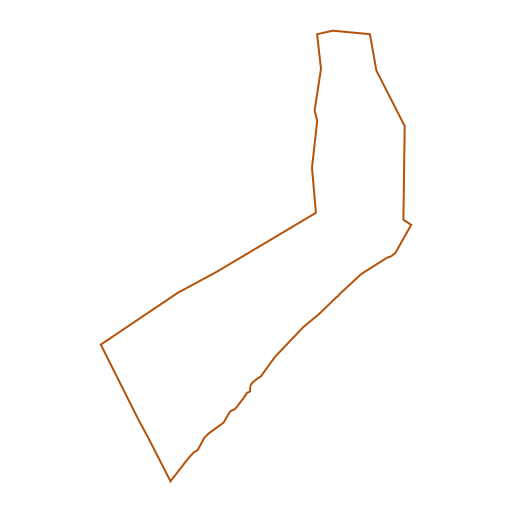 an SVG outline of Shabeellaha Hoose
{"feature_id": "SOM-2316", "entity_name": "Shabeellaha Hoose", "entity_type": "Region", "adm_level": 1, "iso_a3": "SOM", "parent_name": "Somalia", "parent_adm1": "", "projection": "equal_earth", "projection_center": [44.342, 1.971], "detail": "fine", "context": "isolated", "style": "outline", "palette": "amber", "viewbox_px": 512, "rotation_deg": 0, "n_neighbors": 0, "source": "natural_earth", "source_scale": "10m", "svg_char_len": 782}
<svg xmlns="http://www.w3.org/2000/svg" viewBox="0 0 512 512"><path d="M395.2,253.1L390.8,256.5L388.1,257.3L386.7,257.9L361.1,274.1L339.3,294.4L338.3,296.0L336.8,296.8L319.3,313.8L303.0,327.4L275.0,356.8L260.7,376.6L257.7,378.3L252.5,382.6L250.9,384.6L250.5,386.0L250.2,387.8L250.0,391.2L249.4,391.9L247.0,392.8L246.5,393.5L245.6,395.2L236.4,407.5L233.8,409.8L231.0,410.8L229.5,412.5L223.5,422.7L209.0,433.2L204.1,438.0L198.0,449.6L195.8,451.3L194.0,452.1L188.3,458.3L170.5,481.3L170.2,480.7L148.5,438.3L138.2,419.2L100.8,344.6L144.6,315.1L178.1,292.6L216.7,271.8L315.9,212.8L312.0,167.7L317.2,120.9L314.6,110.5L321.0,68.9L317.1,34.2L332.6,30.7L369.9,34.2L376.4,70.6L404.7,126.1L403.4,219.7L411.2,224.9L395.3,253.0L395.2,253.1Z" fill="none" stroke="#b45309" stroke-width="2"/></svg>